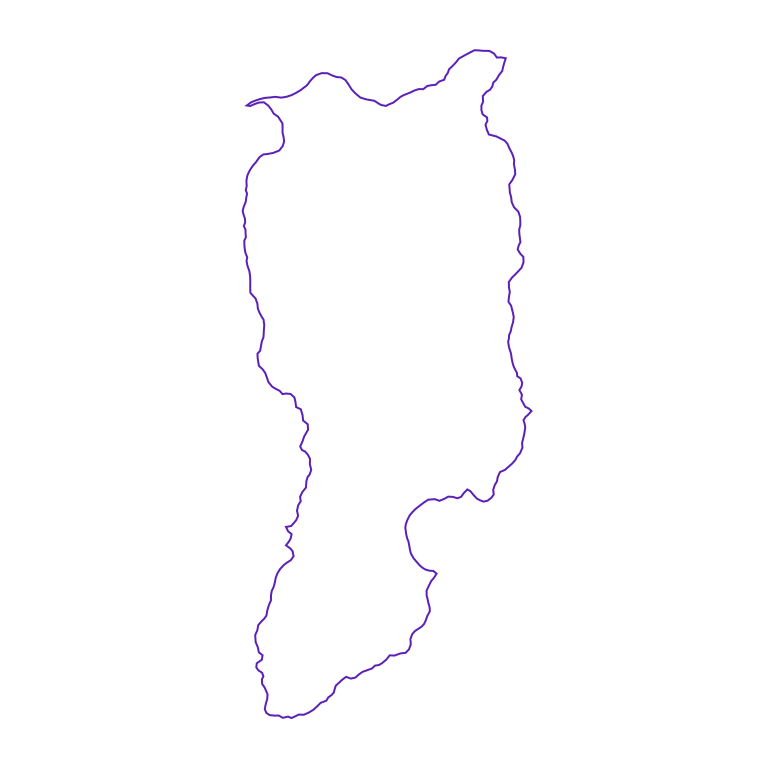 Comendador Gomes, Minas Gerais, Brazil (Albers equal-area conic projection), rotated 262°
{"feature_id": "56859067B18918889331933", "entity_name": "Comendador Gomes", "entity_type": "district", "adm_level": 2, "iso_a3": "BRA", "parent_name": "Brazil", "parent_adm1": "Minas Gerais", "projection": "albers", "projection_center": [-49.083, -19.671], "detail": "fine", "context": "isolated", "style": "outline", "palette": "violet", "viewbox_px": 768, "rotation_deg": 262, "n_neighbors": 0, "source": "geoboundaries", "source_scale": "gbopen_adm2", "svg_char_len": 5234}
<svg xmlns="http://www.w3.org/2000/svg" viewBox="0 0 768 768"><g transform="rotate(262 384 384)"><path d="M72.0,224.7L70.8,229.6L70.4,233.5L67.5,237.4L68.0,242.6L66.1,245.9L67.1,249.3L68.5,253.6L67.6,258.5L69.1,263.8L71.2,268.7L74.1,273.0L77.1,276.9L78.4,282.8L81.4,285.2L83.1,288.5L85.5,291.4L88.8,292.7L92.0,294.3L94.2,297.5L96.8,301.2L99.3,305.7L96.9,310.2L97.3,315.0L99.7,318.4L101.9,322.6L103.1,328.4L103.9,332.4L106.4,335.9L106.4,339.8L107.7,343.0L110.8,348.0L114.5,351.9L113.6,356.7L114.9,362.6L114.8,368.0L117.7,371.8L122.5,374.3L127.8,374.7L132.3,377.1L135.0,380.2L136.6,383.5L138.5,387.5L140.7,390.2L143.8,392.3L148.3,394.6L152.4,397.7L156.2,398.1L160.9,397.5L165.0,397.2L168.5,396.8L173.4,397.4L178.2,400.5L182.4,403.4L185.1,406.5L188.9,409.7L192.0,406.8L192.9,402.7L194.5,399.2L196.8,396.4L199.6,394.0L203.4,391.5L207.4,389.0L212.5,387.0L217.1,386.6L220.9,386.5L224.5,386.3L227.8,385.5L231.8,385.1L238.7,385.1L242.1,386.1L246.1,388.2L250.4,391.2L253.3,394.5L255.7,397.6L258.7,402.7L261.2,407.3L263.3,411.6L262.9,418.2L260.6,422.7L261.8,427.5L263.5,431.9L262.7,436.3L260.6,440.8L261.5,444.6L264.9,447.9L268.0,451.8L265.9,454.6L261.8,457.1L257.5,460.1L255.5,462.9L253.7,466.1L254.0,470.2L256.3,474.4L259.3,477.3L264.0,477.4L268.5,479.6L272.0,482.4L275.9,483.6L280.7,486.6L282.1,491.9L284.1,494.8L287.2,499.6L290.5,503.5L293.7,505.8L296.5,509.1L301.7,512.2L306.7,512.6L310.2,514.1L315.0,515.9L321.2,517.8L325.3,517.7L328.8,517.1L331.5,519.4L333.5,522.4L336.7,526.3L339.6,523.9L341.9,520.6L345.2,519.4L349.7,517.7L354.3,519.1L359.1,517.2L362.7,520.0L366.0,521.0L370.5,520.0L373.2,517.0L376.5,517.2L379.7,516.0L383.1,514.9L386.6,514.3L391.1,514.0L396.5,514.0L403.0,512.9L408.5,512.8L411.6,514.0L415.0,514.7L418.2,516.7L423.1,518.5L427.2,520.4L432.3,521.8L436.3,521.6L439.8,521.2L443.9,520.8L448.1,518.7L453.1,519.9L457.6,521.4L462.3,521.2L467.6,521.8L471.6,525.6L474.6,529.7L477.0,532.7L480.0,536.4L485.1,539.1L490.5,539.7L493.9,537.2L498.6,535.1L502.3,536.6L505.5,538.8L509.9,538.9L513.7,538.9L518.0,539.3L522.0,541.0L525.9,541.6L530.6,542.0L536.0,541.0L540.8,537.4L546.2,535.8L551.6,535.9L555.7,535.3L559.2,535.5L564.2,535.8L568.3,539.6L573.5,543.2L578.3,543.5L583.7,543.2L587.5,544.1L591.6,543.6L595.2,542.7L600.2,540.9L604.9,539.6L608.2,537.4L610.7,533.8L613.5,529.8L615.0,526.1L616.5,522.6L621.2,521.3L626.6,520.6L630.2,523.0L633.7,523.1L637.3,519.2L641.8,518.6L646.1,519.2L649.7,521.4L655.4,521.9L659.1,526.2L660.6,529.9L663.3,532.5L667.4,534.3L669.6,537.5L673.9,540.9L677.5,544.6L681.9,546.3L686.4,548.3L689.6,549.9L691.1,545.6L691.6,541.2L696.0,538.9L699.2,534.6L700.2,528.2L701.2,524.1L701.9,519.9L700.3,515.2L698.0,509.0L695.8,503.4L692.4,499.9L689.0,495.6L686.6,492.2L683.2,490.5L680.4,487.8L676.9,485.9L675.9,480.9L673.1,476.8L673.3,472.8L673.1,468.4L670.5,463.9L671.2,459.3L670.4,454.9L669.2,451.3L668.3,447.8L667.4,444.0L666.1,440.4L663.7,436.5L661.3,432.3L660.3,428.1L659.1,424.6L660.7,420.0L662.8,417.3L665.8,413.9L667.1,409.8L668.5,405.6L671.0,400.4L675.8,396.1L680.3,392.9L685.5,390.6L690.4,388.1L693.5,384.3L694.6,379.7L696.7,375.7L699.6,371.3L700.5,365.6L699.3,359.7L697.0,356.2L693.9,352.6L690.5,349.3L688.5,345.7L686.7,342.6L684.7,337.8L683.0,333.0L682.0,327.5L681.9,322.1L683.5,316.2L683.6,311.1L683.9,306.1L683.4,300.7L682.4,295.2L681.3,291.3L678.9,286.9L677.9,290.2L679.0,293.8L680.1,299.2L679.7,304.2L675.9,308.1L671.7,310.5L667.1,312.4L663.4,316.4L659.4,318.2L656.3,319.7L652.3,319.3L647.3,318.5L643.0,318.9L638.2,318.9L633.7,316.8L629.8,312.8L628.2,306.2L628.0,300.7L628.1,296.3L625.8,292.1L621.4,288.0L618.6,284.7L615.9,282.2L612.4,279.5L609.2,277.6L604.3,276.0L599.2,275.6L595.2,274.1L591.6,274.9L588.5,273.8L583.6,272.4L579.3,269.9L575.0,268.1L571.3,268.5L567.0,269.3L563.3,269.0L560.0,267.2L556.1,268.3L552.6,267.9L548.4,267.6L545.4,265.6L542.0,265.2L538.2,264.9L533.3,265.0L528.4,266.2L525.1,265.0L520.5,265.2L514.3,266.4L508.9,266.4L503.8,265.8L498.0,264.9L492.8,264.4L489.9,266.4L486.6,268.7L481.1,269.8L476.3,269.6L472.4,270.5L468.2,272.0L464.4,273.7L458.9,273.6L453.9,272.5L450.7,271.9L447.0,271.1L443.1,268.9L438.3,267.3L434.2,266.0L431.6,262.9L427.1,262.5L423.3,262.5L419.3,262.7L415.7,265.7L411.5,267.9L406.9,268.9L402.0,269.8L396.9,272.9L394.3,276.1L391.8,279.7L388.1,282.1L388.2,285.7L387.1,290.1L383.2,293.4L378.8,293.8L373.4,293.8L370.5,298.1L364.4,299.0L359.1,298.8L354.7,302.9L349.3,302.4L343.1,297.6L338.5,295.3L333.8,292.3L330.0,293.6L328.1,296.5L324.5,298.8L320.2,300.3L314.7,299.4L309.2,300.0L304.9,297.9L302.5,295.4L298.5,293.6L292.3,292.3L288.5,288.2L284.0,285.2L279.5,285.2L275.9,282.2L270.7,280.2L265.4,280.6L261.4,278.1L258.6,275.0L256.3,272.3L256.1,267.1L251.6,268.5L248.2,271.6L244.2,270.2L241.3,268.0L237.9,264.5L234.0,268.5L231.1,270.2L226.1,270.5L222.5,267.2L220.8,263.4L218.6,259.5L215.2,255.3L211.3,252.1L207.4,249.9L202.7,248.3L198.6,246.6L194.8,244.1L191.0,242.8L185.3,241.9L181.4,239.4L175.9,236.9L171.0,235.3L168.4,232.9L166.0,229.6L162.7,225.9L157.8,224.3L153.3,221.5L146.2,221.0L140.8,222.4L135.7,222.7L132.3,226.0L128.0,224.7L125.1,219.1L121.2,218.1L118.0,219.7L115.0,223.1L111.3,223.9L108.6,222.0L103.9,221.6L100.2,223.5L96.6,224.5L93.0,225.5L88.3,224.5L83.6,222.4L78.7,220.7L74.7,221.7L72.0,224.7Z" fill="none" stroke="#5b21b6" stroke-width="2"/></g></svg>